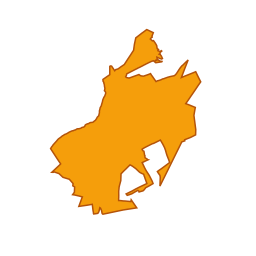 Osumacinta, Chiapas, Mexico, rotated 56°
{"feature_id": "50627088B17326140216089", "entity_name": "Osumacinta", "entity_type": "district", "adm_level": 2, "iso_a3": "MEX", "parent_name": "Mexico", "parent_adm1": "Chiapas", "projection": "equal_earth", "projection_center": [-93.085, 16.896], "detail": "fine", "context": "isolated", "style": "filled", "palette": "amber", "viewbox_px": 256, "rotation_deg": 56, "n_neighbors": 0, "source": "geoboundaries", "source_scale": "gbopen_adm2", "svg_char_len": 5063}
<svg xmlns="http://www.w3.org/2000/svg" viewBox="0 0 256 256"><g transform="rotate(56 128 128)"><path d="M194.0,134.0L169.6,91.2L170.4,88.1L169.4,87.6L170.8,81.4L171.5,75.8L167.2,72.7L154.4,66.3L152.1,64.1L149.3,61.4L148.6,60.7L143.8,63.9L141.9,65.2L140.1,66.5L138.3,61.8L136.8,58.1L135.6,55.0L134.0,51.0L132.0,46.1L130.4,41.9L127.1,41.5L123.4,41.0L119.2,40.4L118.6,43.3L117.1,50.3L116.0,55.5L109.9,46.9L107.3,43.1L105.9,41.1L105.2,40.1L105.4,41.2L105.6,42.1L105.7,43.1L105.9,44.1L106.1,45.0L106.2,45.7L106.5,47.1L106.6,48.5L107.2,50.7L108.3,53.5L108.8,54.6L109.7,56.7L110.3,58.4L110.5,59.7L110.5,60.5L109.6,62.7L108.9,64.4L108.1,66.8L107.3,69.9L107.2,70.6L106.7,71.8L106.4,74.0L105.8,76.0L105.3,77.3L105.2,78.8L101.0,78.9L99.6,78.9L99.0,78.9L97.4,79.0L97.2,79.0L95.5,78.9L95.4,79.4L95.4,79.6L94.8,82.1L93.8,85.8L93.6,86.3L92.0,88.1L91.1,88.6L89.8,89.0L87.2,99.2L86.4,100.0L85.3,101.0L85.0,101.1L84.2,101.3L83.5,99.9L82.4,98.8L83.6,88.7L83.8,87.6L83.9,86.1L84.2,84.4L84.3,83.6L84.4,82.7L84.6,81.2L84.8,78.9L85.0,78.0L85.0,77.1L85.2,76.1L85.3,75.4L85.3,75.1L85.5,73.8L85.6,73.3L85.7,72.5L85.8,71.8L86.3,69.9L86.3,69.7L86.4,69.4L87.7,69.0L87.8,68.9L88.5,68.8L89.4,68.5L92.0,63.0L91.8,62.6L90.3,64.2L88.1,65.0L87.5,68.3L87.3,66.9L87.6,65.9L87.4,65.4L85.5,64.4L87.8,63.0L89.6,61.6L89.7,60.6L87.0,60.1L85.8,60.2L85.3,60.1L84.2,60.9L84.0,59.6L83.4,59.3L83.1,57.1L82.9,57.2L82.5,57.2L82.5,57.3L82.6,58.1L82.4,58.6L81.9,59.0L80.8,60.0L80.6,60.0L80.3,59.7L80.1,59.5L79.9,58.8L78.5,59.4L78.4,59.4L75.7,58.1L72.9,57.9L69.8,58.0L69.4,59.1L67.1,59.6L66.9,59.6L66.7,59.7L66.3,58.6L66.2,58.3L66.2,57.6L66.2,57.1L65.3,56.8L63.1,53.7L58.4,56.5L56.9,57.4L56.9,57.5L56.9,58.1L57.1,61.8L57.1,63.2L57.6,70.7L57.6,71.1L62.2,75.9L66.7,79.9L68.3,83.7L69.0,85.3L69.7,87.1L70.0,87.7L70.7,89.5L71.4,91.1L71.8,92.1L72.3,93.2L72.6,94.0L73.3,95.5L73.3,96.1L73.3,98.4L73.3,100.0L73.4,101.3L73.4,103.4L72.7,105.5L73.1,107.0L67.5,107.0L66.7,107.9L66.7,108.6L73.6,113.3L73.7,121.6L75.2,122.5L76.7,122.6L77.7,123.1L78.3,123.2L79.2,123.6L80.5,124.3L81.3,124.6L82.1,124.9L83.2,125.9L83.9,126.7L84.5,126.6L85.0,126.4L85.9,126.6L87.0,127.3L87.8,128.5L88.5,129.4L89.1,130.9L90.7,133.3L92.1,134.7L93.7,136.7L94.7,137.8L95.6,139.7L96.7,140.8L97.8,142.1L99.4,143.2L101.5,145.5L101.8,147.3L102.8,149.2L103.4,150.8L103.4,152.2L103.6,153.2L103.5,154.2L102.5,156.0L102.3,156.9L102.3,158.2L101.8,159.5L101.6,160.9L101.7,162.0L102.3,162.7L102.4,163.5L102.5,164.2L101.8,165.8L101.8,167.2L101.5,168.2L101.0,169.4L100.3,170.5L100.2,171.2L100.2,172.6L99.8,173.6L99.6,174.9L99.1,176.0L98.8,177.5L98.7,178.2L98.6,178.8L98.5,179.8L98.5,180.7L98.4,182.1L98.2,183.2L97.9,184.3L98.0,185.8L97.8,186.7L98.0,188.3L98.1,190.3L98.1,191.5L98.3,192.6L98.9,194.6L99.6,197.5L100.2,199.8L100.6,200.6L101.0,201.9L101.2,202.5L101.5,203.0L101.8,203.7L114.7,203.9L120.1,203.9L120.4,205.3L121.3,210.9L122.1,215.9L123.0,214.7L123.0,213.9L127.2,210.7L132.5,209.5L137.7,205.3L143.3,204.6L145.1,206.1L147.0,205.2L151.3,208.4L152.3,211.2L153.7,209.7L156.6,207.0L157.7,206.0L159.6,204.4L160.1,205.1L160.8,206.1L165.5,212.6L168.9,205.6L171.3,200.3L177.2,203.3L178.5,203.8L179.5,204.4L180.1,204.5L181.1,202.5L181.7,201.2L181.8,200.3L181.1,199.0L180.0,197.7L178.3,195.9L179.0,195.6L181.2,196.0L182.9,196.6L183.7,197.0L184.3,197.2L184.7,197.2L185.4,197.0L187.0,193.2L193.3,177.7L199.1,165.4L189.3,165.5L189.7,165.9L190.6,166.8L190.3,167.2L190.2,167.2L189.5,168.1L189.0,168.7L186.7,171.5L186.0,172.5L184.0,174.8L183.7,175.2L182.9,176.3L181.6,175.4L181.1,175.1L180.8,174.8L179.8,174.1L179.6,174.0L178.8,173.4L177.7,172.7L176.2,171.7L175.7,171.4L174.4,170.4L173.5,169.6L172.0,168.4L170.8,167.1L170.1,166.3L167.6,163.4L166.2,162.4L162.1,159.4L161.5,156.6L161.1,154.6L160.8,152.7L160.2,149.7L160.0,148.6L159.9,147.9L159.7,146.9L162.3,145.6L165.2,144.6L165.5,144.4L170.9,143.2L171.9,142.8L173.5,141.9L175.1,140.9L176.2,141.2L176.7,141.4L177.7,141.6L178.2,141.7L179.1,142.0L180.3,142.3L181.1,142.5L181.5,142.6L182.2,142.8L182.7,142.9L183.4,143.1L183.9,143.2L184.6,143.4L184.4,144.7L183.9,148.1L183.8,148.7L183.4,151.4L183.2,153.0L183.1,153.7L183.0,154.7L182.9,155.3L182.8,156.2L182.8,156.6L182.7,157.4L182.7,157.5L182.7,157.9L182.6,158.4L182.6,158.7L182.6,159.0L182.6,159.3L182.2,161.9L182.1,162.8L181.6,166.4L183.4,166.3L184.0,164.4L184.7,161.6L184.9,158.1L185.1,156.0L185.2,154.7L186.9,154.2L187.0,154.3L187.1,154.5L187.2,154.4L187.3,154.4L187.4,154.0L188.5,150.7L188.4,149.8L188.1,148.6L187.8,148.0L187.8,147.6L187.4,146.9L187.6,145.0L187.9,141.9L188.0,139.6L188.1,138.3L185.7,137.7L179.2,136.9L173.5,136.8L170.4,136.5L164.6,135.6L165.0,132.9L165.1,132.0L165.6,129.1L165.1,129.5L164.3,129.5L162.3,130.5L161.0,129.9L160.4,129.4L159.9,129.5L159.3,129.2L156.2,127.8L155.1,128.4L153.6,128.3L153.4,128.0L153.5,126.5L153.6,124.8L154.6,116.9L154.9,115.9L155.1,115.3L156.1,107.9L160.8,108.2L164.8,108.7L166.3,109.1L167.2,109.3L170.2,110.3L171.5,110.7L172.5,111.0L177.1,112.0L179.3,112.6L179.9,112.8L180.1,116.4L180.4,123.1L180.4,125.7L180.5,128.0L182.8,128.1L185.2,128.0L186.9,128.8L194.0,134.0Z" fill="#f59e0b" stroke="#b45309" stroke-width="1.5"/></g></svg>